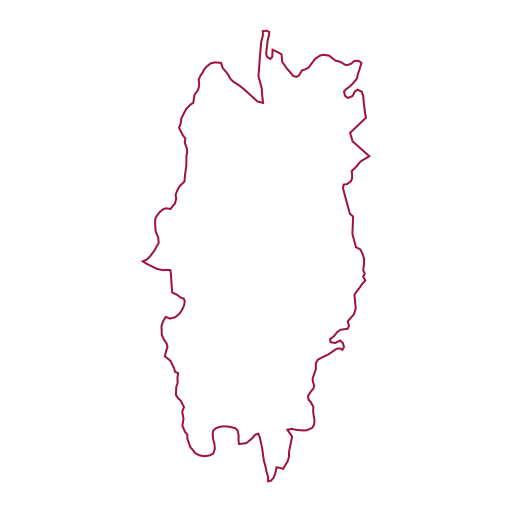 Presidente Dutra, Maranhão, Brazil
{"feature_id": "56859067B14161249303413", "entity_name": "Presidente Dutra", "entity_type": "district", "adm_level": 2, "iso_a3": "BRA", "parent_name": "Brazil", "parent_adm1": "Maranhão", "projection": "natural_earth1", "projection_center": [-44.458, -5.289], "detail": "fine", "context": "isolated", "style": "outline", "palette": "rose", "viewbox_px": 512, "rotation_deg": 0, "n_neighbors": 0, "source": "geoboundaries", "source_scale": "gbopen_adm2", "svg_char_len": 3665}
<svg xmlns="http://www.w3.org/2000/svg" viewBox="0 0 512 512"><path d="M231.9,80.4L229.6,77.7L228.2,74.6L225.9,71.7L222.8,68.2L221.1,62.9L215.2,62.4L210.8,63.3L206.3,66.8L203.8,70.1L202.5,72.9L200.6,75.4L198.7,79.7L199.2,84.3L198.7,87.6L197.7,90.5L194.6,94.6L194.0,97.8L193.3,102.9L190.5,104.5L186.4,108.8L184.2,112.7L181.4,118.3L180.4,124.7L179.0,127.8L181.0,131.7L182.3,134.4L185.4,138.7L184.7,142.4L186.9,148.5L187.2,152.3L186.5,155.6L186.4,160.9L186.3,166.0L185.4,172.2L184.8,177.0L184.5,181.5L180.0,185.8L177.6,189.8L175.6,194.7L176.2,198.8L174.9,203.6L172.8,205.9L170.6,209.0L166.1,208.3L162.7,209.5L159.9,211.9L157.0,215.5L155.3,218.7L155.1,222.9L155.5,230.7L158.2,237.6L158.7,242.9L154.2,250.8L150.1,256.3L146.6,259.7L142.7,261.3L146.5,263.7L156.7,268.8L163.0,270.2L166.2,269.9L170.4,270.1L170.9,274.2L171.7,286.8L172.2,292.5L177.4,295.0L180.2,297.3L183.7,298.6L184.8,301.5L184.0,305.6L181.7,310.5L179.4,313.7L175.1,317.3L170.0,318.6L165.8,316.9L163.1,321.2L161.5,326.2L161.8,335.1L164.2,340.0L166.7,343.7L167.5,346.8L166.2,350.9L164.8,356.3L168.4,359.1L170.6,361.0L171.9,363.9L174.1,368.2L175.0,371.8L178.1,373.1L177.5,377.4L177.6,383.2L176.3,386.8L175.9,395.0L178.4,398.6L180.8,400.7L182.4,404.0L184.0,407.1L182.2,411.7L183.5,418.6L182.4,425.8L185.1,432.0L187.3,434.5L187.4,438.8L190.4,447.3L192.4,449.5L195.6,453.4L199.5,455.4L204.5,456.2L209.7,455.4L213.3,453.5L214.9,448.6L214.3,443.3L213.2,439.5L212.6,433.7L213.4,430.4L216.2,428.1L219.6,426.9L222.5,426.4L226.0,426.4L230.1,426.9L232.9,427.6L235.5,428.3L237.6,430.6L238.6,435.1L238.5,440.3L239.0,444.0L242.2,443.7L246.5,443.0L249.8,440.3L252.6,437.9L255.0,434.9L258.3,433.7L259.9,437.6L261.0,442.9L262.2,448.5L262.6,451.7L263.8,460.3L265.6,467.0L266.5,471.6L268.1,477.1L268.1,481.3L271.1,480.6L273.7,477.6L275.6,472.2L276.5,467.3L280.0,467.9L283.2,468.8L285.0,465.6L287.6,461.3L288.9,457.2L289.1,451.3L292.1,436.6L287.4,429.8L291.7,428.8L295.8,429.8L301.8,430.4L306.3,430.4L309.8,429.0L312.5,427.6L314.1,424.4L314.5,420.8L313.9,416.7L313.2,412.0L313.3,406.9L310.7,402.0L308.5,399.6L308.0,396.0L310.9,391.5L313.4,388.6L314.2,385.5L312.9,381.7L312.6,378.6L314.5,372.9L315.9,369.0L315.8,363.4L317.8,359.8L321.1,357.9L328.4,354.4L332.3,351.7L336.6,348.8L339.7,348.4L342.4,349.8L344.0,346.9L342.9,343.2L340.2,340.5L335.1,343.0L330.6,342.2L330.1,339.1L333.8,336.3L337.3,332.0L340.7,329.7L347.7,328.8L349.0,325.6L347.7,321.4L350.6,318.1L354.0,314.2L355.7,308.4L355.0,300.3L354.4,294.9L356.7,291.3L359.4,288.0L362.2,283.9L365.3,280.5L363.1,276.4L364.8,273.6L363.2,270.2L364.1,262.9L364.0,258.1L362.3,253.4L360.4,249.5L355.9,247.1L354.7,242.5L352.4,233.9L353.1,216.6L349.9,213.7L344.0,192.2L343.0,187.9L343.6,184.6L347.1,184.1L350.8,181.3L352.1,178.5L352.1,174.3L351.7,171.1L356.6,166.3L359.1,163.2L361.1,161.1L369.3,156.2L352.6,141.4L350.1,132.8L366.0,117.7L365.1,113.3L363.9,103.9L363.2,96.3L361.8,91.7L357.5,89.7L355.0,91.4L352.5,96.0L348.0,98.0L345.0,95.8L344.0,91.7L345.8,89.4L350.0,86.3L353.2,83.1L356.9,78.7L357.9,74.0L359.1,70.7L361.4,62.9L358.5,60.8L354.3,60.9L351.4,63.5L348.3,64.8L345.4,65.0L341.4,62.4L338.5,61.3L335.5,60.6L332.5,58.4L329.1,55.6L323.0,54.8L319.8,55.7L315.2,58.9L311.9,63.1L308.8,67.4L305.5,69.3L301.9,70.4L299.0,75.5L296.2,76.9L293.0,75.8L289.6,71.6L287.0,68.7L282.2,61.9L281.5,54.3L277.8,52.2L272.6,49.7L272.2,57.0L270.2,59.0L267.2,56.9L266.1,53.8L266.7,48.9L267.4,42.9L267.9,38.9L268.9,35.5L269.3,32.0L266.4,30.7L262.8,31.1L262.9,35.5L261.2,42.1L260.8,46.5L260.4,51.8L260.0,55.0L259.5,62.7L259.0,69.4L258.4,76.0L259.5,80.0L261.7,88.0L262.3,96.5L263.1,102.9L257.8,101.6L255.3,99.5L244.1,89.3L238.8,85.1L235.1,82.9L231.9,80.4Z" fill="none" stroke="#9f1239" stroke-width="2"/></svg>